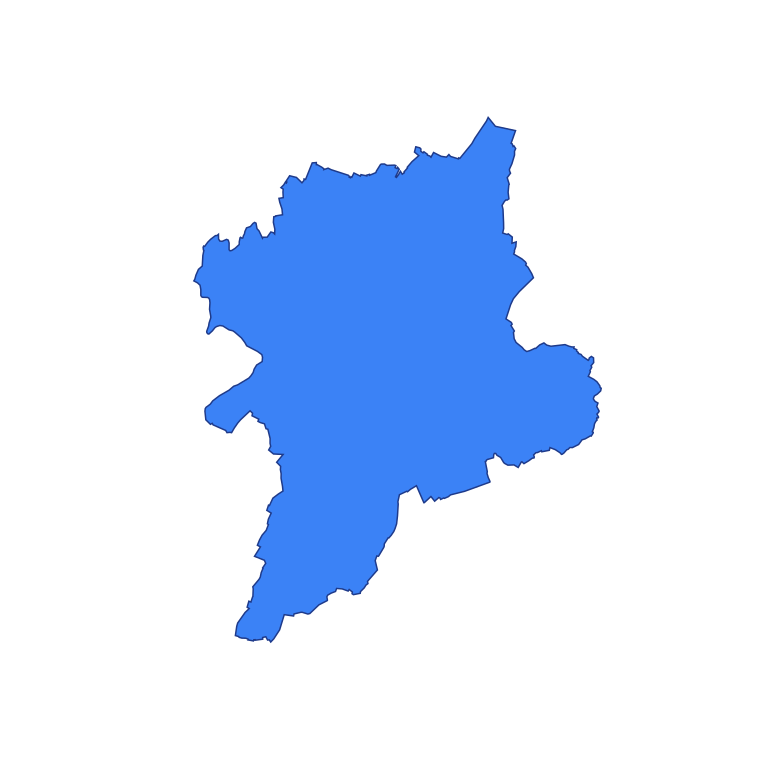 the district of Samko, Ang Thong, Thailand, rotated 18°
{"feature_id": "78962969B27943810698325", "entity_name": "Samko", "entity_type": "district", "adm_level": 2, "iso_a3": "THA", "parent_name": "Thailand", "parent_adm1": "Ang Thong", "projection": "equal_earth", "projection_center": [100.248, 14.6], "detail": "fine", "context": "isolated", "style": "filled", "palette": "blue", "viewbox_px": 768, "rotation_deg": 18, "n_neighbors": 0, "source": "geoboundaries", "source_scale": "gbopen_adm2", "svg_char_len": 6169}
<svg xmlns="http://www.w3.org/2000/svg" viewBox="0 0 768 768"><g transform="rotate(18 384 384)"><path d="M340.9,147.9L341.3,154.0L346.5,156.1L341.9,163.9L340.1,168.3L339.1,170.7L339.6,171.3L337.5,176.1L338.0,176.8L336.5,178.8L333.9,176.6L333.0,180.8L332.0,183.7L330.9,183.4L332.1,175.1L330.0,173.7L329.8,175.1L327.7,174.8L327.8,172.6L326.3,172.6L319.2,175.2L316.5,174.6L313.4,175.7L312.8,176.5L311.0,183.7L310.9,185.5L305.8,189.9L305.4,189.1L302.9,190.8L303.2,191.4L297.4,192.0L297.3,193.6L290.2,192.6L289.5,197.3L288.5,197.1L288.4,198.2L287.0,198.1L286.8,197.2L285.7,196.5L267.5,196.5L264.1,196.0L260.5,198.7L260.4,197.9L257.7,197.0L252.5,196.0L251.9,196.3L251.2,194.3L247.4,195.9L246.2,213.7L244.6,213.7L244.9,215.3L243.8,218.0L236.9,214.6L229.9,215.1L228.2,221.4L229.2,221.9L229.0,223.1L227.8,222.6L227.1,225.6L225.3,229.1L227.9,229.8L228.6,232.7L230.6,237.9L226.7,239.9L228.7,243.4L232.9,249.1L235.2,254.4L229.0,257.6L229.1,258.1L227.5,259.0L228.8,264.4L232.4,270.6L233.6,275.1L232.0,274.3L229.4,274.4L227.5,280.5L223.6,281.8L223.4,282.9L217.8,277.0L215.2,275.5L212.6,270.6L211.0,270.3L209.8,271.8L208.3,275.5L205.0,278.0L204.6,281.9L204.9,284.4L204.5,286.4L204.6,288.7L203.9,289.2L202.2,288.8L201.9,289.4L202.4,293.5L203.2,296.1L200.5,300.9L198.0,304.0L196.4,304.9L195.2,304.2L193.1,297.7L191.4,295.3L189.6,295.1L186.0,298.3L183.8,298.8L181.9,297.3L180.3,292.8L179.4,294.3L177.8,295.0L174.4,299.9L172.6,303.5L170.9,308.6L169.9,308.5L169.7,309.8L170.8,312.3L171.4,312.6L172.0,317.7L174.7,328.0L172.1,332.3L171.5,338.6L171.7,342.8L171.3,344.7L175.3,345.4L178.5,346.9L180.6,350.8L182.4,356.3L183.5,357.4L184.6,357.6L189.5,356.2L190.9,356.5L192.1,357.7L193.4,360.6L195.0,366.9L198.2,372.9L198.8,374.5L198.8,380.1L199.3,383.2L199.1,388.7L199.7,390.0L201.2,390.8L202.1,390.5L204.4,386.4L205.8,382.6L207.0,381.1L209.8,379.1L212.8,378.6L219.9,380.4L223.7,380.1L225.8,380.7L234.1,384.2L238.8,387.5L241.6,390.1L253.6,392.1L258.7,393.8L260.2,396.1L261.2,400.3L257.0,405.3L255.9,410.0L256.0,413.5L254.9,417.3L253.6,420.2L245.0,430.1L241.7,432.6L238.6,437.7L231.1,446.0L226.3,453.0L225.0,456.9L222.0,461.1L221.6,462.6L222.1,465.2L225.6,473.1L231.4,476.0L232.8,474.5L234.1,475.7L247.8,477.1L249.7,478.8L252.4,477.6L254.1,477.4L255.2,472.2L257.0,466.2L258.6,462.4L264.9,450.9L268.0,452.4L268.3,455.0L275.7,456.1L275.7,458.5L278.3,458.9L282.6,458.8L285.6,463.0L287.5,462.9L292.5,471.0L294.0,475.7L295.5,478.3L294.7,482.4L300.5,484.7L309.8,482.2L306.1,491.6L311.1,494.2L311.9,497.4L313.9,501.1L315.2,505.4L319.0,512.5L321.0,517.0L317.5,521.3L313.6,526.9L312.6,535.0L311.6,534.9L311.6,540.4L316.6,541.6L315.8,548.3L316.3,553.0L317.5,553.4L317.2,559.6L314.8,565.4L313.8,570.7L313.4,576.5L316.8,577.1L314.1,587.9L324.7,588.6L326.9,591.1L325.4,596.4L325.9,596.6L325.5,601.2L326.0,605.9L325.5,608.4L321.9,617.4L322.9,619.2L325.0,626.7L324.8,627.1L324.8,632.5L322.6,632.3L322.8,638.6L325.2,639.2L322.5,644.2L318.7,656.5L318.8,659.9L320.4,669.2L323.8,669.1L324.5,669.7L327.3,669.6L331.0,668.5L333.5,668.6L334.1,668.9L333.9,669.4L339.2,668.7L339.2,667.5L340.4,667.0L340.6,667.5L347.5,664.2L346.9,662.6L349.7,660.9L352.4,663.5L354.0,662.8L356.0,664.4L357.9,660.5L360.7,650.1L360.4,634.2L369.7,632.6L369.5,630.5L375.5,626.8L376.7,626.4L382.7,626.3L384.4,625.2L390.4,614.1L396.9,607.6L397.0,607.1L395.4,604.0L395.7,602.2L398.3,599.3L402.0,596.3L402.1,593.1L407.6,591.8L413.9,592.0L414.4,590.2L418.2,591.6L418.4,593.3L420.0,593.8L426.1,590.4L425.8,588.7L428.2,584.0L429.0,580.8L430.4,578.8L429.3,576.8L435.2,562.9L430.2,554.7L430.3,549.8L431.8,549.6L432.1,549.1L434.3,539.4L434.3,538.2L433.7,536.0L435.5,529.0L436.2,528.9L437.6,525.7L438.9,521.2L439.2,517.9L439.2,513.1L437.6,505.3L434.6,493.8L433.6,491.7L432.9,484.5L438.8,479.0L439.7,479.2L441.7,476.0L446.3,470.7L458.6,484.6L459.0,484.4L463.4,476.5L468.4,479.8L471.3,475.0L472.4,475.1L473.5,476.3L476.0,474.0L476.8,474.1L480.1,471.2L481.5,468.9L493.9,461.1L515.0,444.6L514.9,443.9L512.1,440.8L509.6,437.2L509.3,435.4L504.3,426.4L505.0,425.7L505.0,424.7L505.7,423.8L510.9,420.3L510.2,417.3L510.4,415.9L511.7,415.5L513.5,416.9L517.6,417.8L522.2,421.8L523.5,422.3L526.9,422.9L532.6,420.8L537.4,421.9L538.7,415.7L539.2,415.4L541.7,416.5L545.3,412.4L548.0,408.7L549.5,408.0L549.5,407.0L548.2,405.2L549.7,402.4L551.1,401.8L554.3,398.8L555.0,399.7L561.7,396.0L561.5,393.2L567.2,393.5L572.7,395.0L574.5,396.1L575.2,395.7L576.4,394.1L578.1,390.1L579.3,389.2L580.4,387.0L582.9,386.2L587.8,381.4L589.6,375.9L592.3,374.0L596.3,369.6L597.2,369.5L598.1,365.8L597.9,365.3L596.9,365.1L597.1,360.8L596.5,356.8L597.0,354.0L597.8,352.4L596.9,351.3L596.9,350.3L598.0,350.2L598.3,349.2L595.8,346.8L596.8,344.7L597.0,343.3L593.3,339.7L593.4,336.0L590.1,335.3L587.8,333.6L587.6,332.7L587.8,330.3L590.0,327.7L592.2,323.6L591.9,320.9L590.7,320.6L589.8,319.0L585.9,316.1L582.0,314.7L575.9,313.6L576.5,308.6L575.7,307.6L576.4,303.8L575.3,302.7L576.8,298.8L575.2,294.4L572.7,293.7L571.2,295.8L571.3,297.6L570.9,298.4L564.1,296.3L562.3,295.0L559.3,294.9L559.1,294.0L556.9,293.1L556.7,291.8L553.5,291.5L553.3,290.0L551.2,290.7L548.2,290.9L544.0,290.6L531.1,296.5L526.7,296.7L523.4,295.5L520.0,298.7L517.3,303.3L516.5,303.4L512.4,307.2L509.7,309.0L506.8,308.2L504.1,306.5L496.8,303.7L493.8,300.7L491.2,295.0L491.6,293.3L486.7,289.2L487.4,287.6L486.6,286.6L485.8,286.0L479.9,284.4L479.9,269.5L480.7,262.9L484.1,254.3L493.3,236.8L490.5,233.5L484.8,228.4L482.0,227.2L482.2,225.6L480.9,224.3L476.5,222.4L467.2,220.3L467.3,218.0L466.8,216.9L466.9,212.5L465.8,208.0L462.2,210.6L460.6,204.6L455.7,202.8L455.3,203.5L454.4,203.8L450.2,203.7L449.8,199.3L448.0,194.0L443.2,181.1L441.1,177.6L442.2,172.9L443.2,171.2L444.2,171.1L445.6,169.3L442.8,163.3L441.2,156.2L441.4,155.4L437.4,149.7L439.2,144.4L437.6,142.6L436.9,141.0L437.6,135.0L437.4,125.9L436.2,122.3L436.5,119.4L434.0,117.4L433.4,118.2L431.7,116.0L430.5,115.8L430.8,102.4L410.3,104.5L400.7,98.3L400.2,102.3L394.5,122.1L393.3,128.2L386.4,146.0L385.2,145.8L385.1,146.9L377.0,147.0L374.8,145.7L373.3,148.9L368.0,149.8L359.6,148.5L358.6,153.8L357.2,153.0L354.6,153.0L354.3,152.1L350.2,150.8L349.7,152.1L347.1,151.3L346.5,149.1L345.0,148.3L341.1,148.6L340.9,147.9Z" fill="#3b82f6" stroke="#1e3a8a" stroke-width="1.5"/></g></svg>